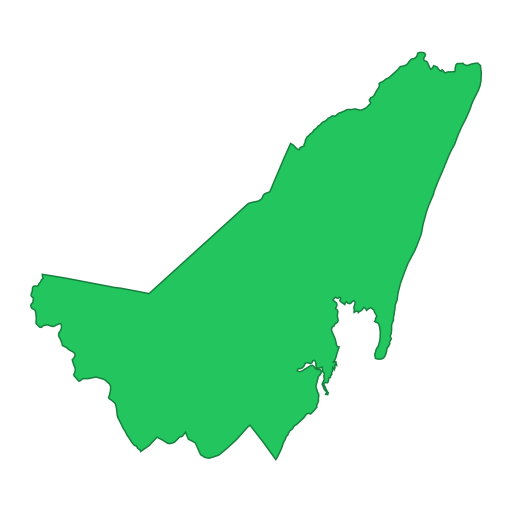 outline of Msambweni, Coast, Kenya
{"feature_id": "3690345B18525828088972", "entity_name": "Msambweni", "entity_type": "district", "adm_level": 2, "iso_a3": "KEN", "parent_name": "Kenya", "parent_adm1": "Coast", "projection": "orthographic", "projection_center": [39.484, -4.373], "detail": "fine", "context": "isolated", "style": "filled", "palette": "green", "viewbox_px": 512, "rotation_deg": 0, "n_neighbors": 0, "source": "geoboundaries", "source_scale": "gbopen_adm2", "svg_char_len": 5986}
<svg xmlns="http://www.w3.org/2000/svg" viewBox="0 0 512 512"><path d="M275.8,459.6L277.8,456.3L281.4,448.7L283.5,442.6L285.1,439.6L285.7,437.9L286.6,436.1L287.8,435.0L288.4,433.2L290.2,430.4L291.4,429.8L292.7,428.5L293.7,426.7L295.0,425.3L296.3,424.7L297.4,423.8L301.0,420.3L302.4,419.2L304.5,416.9L306.7,413.8L308.7,413.4L310.6,414.0L313.4,411.3L316.9,407.1L316.5,405.8L318.5,400.9L318.4,398.8L318.8,395.5L318.5,393.8L317.3,391.5L317.0,389.9L316.2,388.0L315.9,386.2L317.7,379.4L318.0,377.6L318.7,376.1L320.1,374.8L321.3,372.7L321.3,371.0L320.1,369.6L316.9,369.5L315.4,368.7L314.7,367.3L313.8,366.3L312.1,365.2L309.7,366.2L305.0,369.0L302.7,370.6L301.1,371.3L299.6,371.7L298.2,371.4L297.0,370.6L298.2,368.8L300.6,368.6L302.4,367.8L304.2,365.7L305.2,363.4L306.4,362.7L308.1,362.9L310.5,363.6L312.0,362.7L312.6,360.9L314.3,360.4L315.5,361.7L316.2,366.8L316.8,368.0L318.5,368.1L320.3,367.8L322.1,367.0L322.8,371.5L323.9,372.7L324.3,374.4L323.8,375.9L324.3,379.5L322.1,384.1L324.3,389.3L325.2,390.7L327.1,391.7L326.9,390.4L325.8,389.3L325.6,387.8L323.9,384.6L323.9,383.3L325.2,382.6L327.4,382.8L328.3,381.6L328.8,378.0L330.5,377.5L330.5,375.6L331.8,374.6L331.6,372.7L332.4,371.1L332.7,367.2L333.7,368.1L334.2,369.7L335.0,367.8L334.8,365.9L335.1,364.6L336.6,365.4L335.8,361.7L334.6,362.2L333.3,361.9L334.6,360.5L336.0,357.3L336.9,353.6L339.1,346.9L337.6,347.0L336.6,345.2L335.3,339.3L331.8,331.1L331.5,329.8L331.8,328.0L332.4,326.8L333.7,326.4L335.3,323.5L336.6,323.0L337.6,322.0L338.2,320.3L337.3,316.1L337.9,311.3L337.3,310.0L335.6,308.7L336.0,307.4L336.9,305.7L336.9,304.1L336.3,302.7L332.9,300.1L334.2,298.3L335.4,297.3L337.0,298.1L338.4,298.1L340.0,297.2L340.8,298.7L339.7,300.6L341.4,302.2L344.8,304.6L345.3,302.9L346.4,301.7L347.7,303.1L349.6,303.7L350.8,303.2L352.6,301.2L353.9,300.7L355.1,302.3L355.1,303.6L354.0,306.7L353.8,308.1L354.3,309.6L354.0,311.2L354.2,312.5L355.4,311.5L356.6,311.1L357.9,311.2L358.3,312.6L359.5,311.5L360.9,310.8L362.0,309.9L364.0,307.4L365.6,308.5L366.5,310.4L369.2,308.3L370.8,307.7L373.9,310.0L374.4,312.0L376.9,316.3L375.7,318.0L375.4,320.0L374.7,321.5L376.1,322.3L377.7,322.7L378.6,324.0L379.6,326.9L380.4,332.7L380.1,334.3L380.3,336.1L379.9,339.1L379.8,341.1L379.2,342.6L378.5,345.5L376.2,349.3L374.8,354.4L375.4,358.4L377.5,359.0L380.1,359.2L381.8,358.9L383.4,358.1L384.9,356.3L386.3,352.6L387.1,348.0L388.1,347.0L389.8,343.8L389.6,341.8L391.4,338.8L390.6,337.2L390.2,335.8L391.0,334.3L391.4,332.2L391.6,329.5L391.6,325.1L392.2,323.1L393.5,320.3L393.4,317.7L394.3,313.5L394.3,311.8L394.8,310.1L395.1,305.8L395.4,304.5L397.1,300.1L398.0,293.1L400.5,283.2L401.6,280.3L404.5,272.2L408.1,263.1L414.5,251.2L416.5,246.6L420.4,236.4L421.4,233.4L422.0,230.4L422.9,225.0L426.7,211.0L428.8,205.1L433.4,194.6L434.2,191.2L437.6,182.4L441.6,173.2L448.7,155.9L451.3,150.3L454.6,144.3L458.3,134.3L461.9,126.3L466.3,117.8L470.4,108.2L471.4,104.8L473.5,99.9L478.3,90.4L480.1,85.5L481.0,80.6L481.3,72.3L480.8,69.8L480.5,65.6L477.6,63.1L473.9,63.5L470.8,64.2L468.6,65.2L466.7,65.4L464.5,64.8L462.8,63.2L461.3,63.5L457.2,63.6L456.0,64.8L455.1,68.3L455.2,70.7L454.6,71.8L453.0,71.6L451.3,71.9L448.2,71.9L446.7,72.2L445.7,73.0L444.4,72.6L443.7,71.2L442.1,69.7L441.4,71.0L439.7,70.5L436.9,66.9L433.7,65.7L432.1,68.4L430.8,69.3L430.0,68.2L427.3,62.2L426.3,61.3L424.8,60.9L423.7,59.7L424.0,57.5L425.1,56.1L425.5,54.7L424.8,53.3L423.2,52.6L421.6,52.4L419.8,52.4L417.8,53.1L416.8,56.4L415.9,57.3L414.6,58.3L413.2,58.8L411.9,58.9L410.8,59.6L408.9,61.7L408.3,62.8L407.5,63.8L406.0,65.1L403.9,65.9L400.2,66.6L398.5,68.9L396.9,70.5L388.7,77.9L386.0,79.0L383.6,81.0L381.6,82.1L380.1,82.7L379.1,83.5L379.4,85.7L378.7,87.5L376.6,90.7L374.8,94.1L374.0,95.5L372.3,97.2L370.7,97.7L369.3,100.1L369.8,101.5L370.7,102.7L370.3,103.9L369.0,104.9L366.9,107.3L365.4,108.2L361.5,110.1L359.6,110.1L355.3,108.9L350.3,109.7L348.9,109.4L347.2,109.7L345.7,110.2L344.5,111.1L342.4,111.7L341.2,112.5L339.6,112.8L337.5,114.1L336.1,115.5L334.9,116.2L333.6,115.9L331.8,116.0L330.3,117.4L328.4,118.1L325.8,120.8L323.2,121.9L321.5,123.1L320.7,124.4L319.6,125.3L318.3,125.9L316.6,128.1L313.9,130.1L312.4,132.4L309.7,134.4L308.7,135.8L307.2,136.7L305.8,139.3L305.2,140.9L305.2,142.3L304.0,144.6L304.1,146.1L302.3,146.6L300.1,147.6L299.4,149.6L297.1,149.0L293.4,145.2L290.6,143.4L283.5,159.4L270.2,190.9L269.3,192.0L265.5,193.4L263.7,194.6L261.6,198.9L258.6,201.0L252.0,202.4L248.4,203.4L149.1,293.6L120.9,288.2L115.3,287.6L65.0,278.0L42.3,274.3L42.5,276.7L43.2,278.2L41.4,279.9L40.4,282.2L39.0,283.6L38.4,285.2L37.0,286.3L35.5,285.9L33.3,286.4L32.4,288.1L32.5,289.6L32.2,291.3L31.2,294.2L31.1,295.5L31.7,296.7L33.3,297.8L33.0,302.4L31.4,303.9L30.7,305.4L31.6,308.2L34.2,309.6L35.2,310.6L35.8,313.1L36.2,317.0L36.3,318.9L36.0,321.9L36.2,323.7L39.7,327.2L41.4,327.4L42.5,326.3L44.0,325.4L46.7,324.9L48.2,325.0L51.6,326.3L53.5,326.5L59.3,323.7L60.7,323.6L61.3,324.8L61.5,326.8L61.3,328.4L60.0,331.6L59.0,332.6L58.7,333.9L58.6,335.8L59.3,337.4L60.3,338.9L62.2,343.9L62.3,345.4L66.5,347.6L68.8,349.6L72.8,351.8L74.0,352.8L75.1,354.1L75.1,355.4L73.9,357.9L72.2,359.8L73.9,365.5L75.1,367.5L75.2,370.7L74.4,373.5L73.7,374.7L74.4,376.3L75.8,377.6L78.1,380.5L79.1,381.2L80.3,380.7L82.9,378.6L86.6,378.7L89.0,378.5L95.7,377.1L97.4,377.4L103.7,379.3L105.1,380.0L109.5,384.0L110.4,385.8L110.7,387.6L110.3,391.5L109.3,395.6L108.5,397.4L109.3,398.8L111.5,400.2L114.5,402.7L115.4,404.0L116.4,407.7L117.3,415.8L117.7,417.2L122.2,426.1L122.7,427.5L125.1,431.2L127.3,435.6L128.5,437.0L131.6,442.1L133.9,444.9L134.9,445.7L136.2,445.9L137.0,447.0L137.6,448.3L140.2,450.1L140.6,451.5L149.1,445.6L157.0,437.2L162.6,440.1L167.7,443.3L169.0,443.6L170.4,443.5L173.4,442.7L174.7,442.0L178.0,438.7L179.7,436.7L181.0,436.8L182.3,436.3L185.5,432.3L188.4,439.2L195.3,442.8L200.6,454.7L205.1,457.5L209.4,458.2L217.7,455.5L219.5,454.6L227.7,447.7L236.2,439.9L247.5,427.3L250.0,425.2L263.4,442.4L275.8,459.6ZM327.1,391.7L326.2,393.2L325.6,394.4L327.8,394.6L328.2,392.5L327.1,391.7Z" fill="#22c55e" stroke="#15803d" stroke-width="1.5"/></svg>